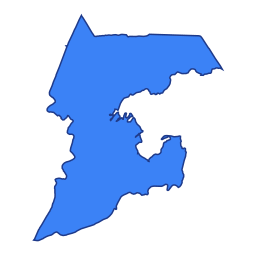 the district of El Estor, Izabal, Guatemala
{"feature_id": "79465075B63823362918265", "entity_name": "El Estor", "entity_type": "district", "adm_level": 2, "iso_a3": "GTM", "parent_name": "Guatemala", "parent_adm1": "Izabal", "projection": "robinson", "projection_center": [-89.332, 15.436], "detail": "fine", "context": "isolated", "style": "filled", "palette": "blue", "viewbox_px": 256, "rotation_deg": 0, "n_neighbors": 0, "source": "geoboundaries", "source_scale": "gbopen_adm2", "svg_char_len": 5835}
<svg xmlns="http://www.w3.org/2000/svg" viewBox="0 0 256 256"><path d="M49.4,92.7L49.5,94.3L49.9,95.3L51.8,97.0L53.1,97.6L53.2,98.0L54.2,99.0L55.2,100.5L55.2,102.1L52.6,104.3L50.3,105.5L48.3,107.2L47.3,108.6L47.1,109.5L47.2,110.7L48.3,111.7L49.5,112.1L50.4,111.9L53.7,112.4L57.6,115.8L58.8,115.3L59.3,115.4L61.2,117.5L61.1,118.5L62.9,120.0L64.3,119.7L65.2,118.6L66.4,117.8L67.5,116.3L67.6,115.6L68.5,115.7L70.7,119.0L71.3,119.5L72.4,119.8L73.2,120.9L73.0,121.6L71.1,123.7L69.6,126.3L68.3,127.7L67.9,129.7L67.5,130.6L67.3,132.5L68.0,133.5L69.5,134.3L71.9,134.2L73.2,134.8L74.0,136.1L73.7,138.3L73.0,139.5L72.4,142.7L70.7,148.1L70.3,150.6L70.4,151.1L71.0,151.8L72.5,153.2L74.3,155.6L74.8,156.5L74.8,157.5L74.3,158.4L72.7,159.6L69.3,161.2L66.3,162.0L64.4,163.0L63.2,164.2L62.4,165.4L62.2,166.2L62.2,168.3L63.3,169.9L63.5,171.0L64.2,171.6L66.5,175.4L66.6,176.7L66.1,178.1L65.5,178.8L64.9,179.2L63.6,178.8L62.4,179.0L59.9,178.3L58.4,178.3L56.1,178.8L55.2,179.6L55.7,181.3L56.4,182.1L56.5,183.4L56.0,184.7L54.8,186.4L54.6,188.3L54.9,189.1L54.9,193.2L55.1,193.6L55.0,197.2L53.4,202.4L52.7,203.6L51.9,207.2L50.5,209.6L49.9,211.1L48.2,213.7L48.0,214.3L46.8,216.0L41.8,224.7L39.7,227.9L39.2,229.1L38.6,229.8L34.6,239.0L33.7,240.1L37.2,240.6L38.6,240.5L43.2,238.5L43.8,238.0L46.4,236.6L48.6,235.7L51.3,235.0L52.5,234.3L54.5,232.7L56.4,232.0L57.4,232.3L60.5,234.8L63.1,235.5L66.4,235.0L67.3,234.5L72.2,233.2L75.3,232.1L77.2,230.8L81.1,228.8L93.9,224.7L96.0,223.3L98.5,222.3L103.3,219.5L107.2,218.0L109.6,216.0L111.8,213.5L114.2,208.8L115.0,208.5L115.7,209.3L116.1,209.3L116.5,209.0L116.5,207.8L116.3,206.3L116.5,205.5L118.0,202.3L120.9,197.0L122.1,195.9L123.8,194.9L127.0,193.5L128.2,192.8L129.3,192.4L130.5,192.5L131.6,193.4L133.6,194.1L135.1,193.8L137.1,192.7L139.8,193.3L141.8,195.2L144.4,194.7L145.1,194.2L147.0,194.6L147.5,194.6L147.9,194.1L148.2,193.2L147.8,191.2L148.5,189.1L150.8,186.9L151.6,186.5L154.0,186.1L161.3,186.3L162.5,186.0L165.6,184.3L167.0,184.5L167.6,185.1L167.7,185.8L167.1,189.7L167.3,190.2L167.9,190.4L168.3,190.3L168.9,189.9L169.8,188.7L169.8,188.4L170.1,188.3L171.5,186.4L172.4,185.5L173.4,185.0L174.5,185.0L175.6,185.2L177.2,186.2L178.3,187.4L179.7,186.7L181.0,185.1L182.0,182.9L182.1,182.2L182.0,180.8L182.7,179.7L183.1,178.2L183.7,176.9L183.7,174.7L182.8,173.0L182.6,171.4L182.0,170.2L182.0,169.4L184.2,160.4L185.6,156.2L185.8,154.0L186.2,152.4L186.2,152.1L185.5,151.5L185.4,148.6L184.7,148.1L184.0,148.2L183.4,148.7L182.1,148.4L181.9,147.2L181.4,146.8L180.8,145.5L180.6,142.5L181.2,141.3L180.4,138.8L180.5,136.3L179.2,136.0L178.3,136.4L174.1,136.8L171.2,136.0L167.0,135.6L165.1,135.7L163.7,136.4L161.5,138.9L161.5,139.4L162.3,139.5L164.5,138.3L167.3,137.3L169.0,136.3L169.8,137.0L170.3,137.9L170.4,139.2L169.7,139.8L168.5,140.1L167.9,140.5L167.0,140.6L166.1,141.8L164.6,142.3L163.7,143.1L163.1,146.3L162.6,147.3L161.1,149.4L161.0,152.1L160.3,153.2L158.7,154.3L157.0,154.5L155.8,154.1L154.2,154.6L152.6,156.0L152.1,156.7L150.9,157.4L149.4,158.8L148.7,160.3L149.0,161.4L148.2,161.3L147.6,160.0L146.6,159.6L144.8,158.3L142.1,156.9L140.2,155.5L139.3,154.5L138.5,153.0L138.2,152.9L137.7,153.3L137.8,151.1L136.2,148.1L135.7,146.0L135.8,145.3L139.2,142.4L141.5,142.2L141.8,141.1L140.2,137.0L140.0,135.4L139.6,135.0L138.8,134.9L138.3,135.0L136.4,136.3L135.2,137.6L136.0,136.2L137.9,134.8L139.0,133.5L140.4,133.5L140.8,132.6L142.6,131.9L142.9,131.1L142.8,130.8L141.4,130.1L139.8,126.6L137.1,124.1L135.6,121.5L135.1,119.2L134.1,117.9L133.5,117.8L133.1,118.1L130.5,121.8L128.0,122.0L127.5,121.8L127.4,121.3L127.8,119.4L128.1,119.1L129.1,118.4L130.1,117.1L131.4,116.5L132.8,116.5L132.7,116.0L131.1,113.6L130.6,113.4L129.8,113.6L129.7,113.8L129.6,115.0L129.0,115.6L128.6,116.7L126.6,117.9L125.7,117.2L125.7,116.8L126.4,113.4L125.9,113.0L125.1,113.2L124.7,113.7L124.5,114.6L124.0,115.4L123.6,117.6L122.9,118.2L123.3,118.9L123.2,119.2L122.5,119.1L121.9,117.9L121.4,117.9L118.5,120.2L116.7,121.3L116.4,121.2L116.5,120.9L117.5,120.1L118.3,118.6L119.6,118.0L120.0,117.1L119.9,116.1L118.5,114.3L118.4,112.3L117.8,112.3L116.6,113.0L113.1,117.0L112.6,118.1L110.7,120.5L110.5,120.3L110.7,119.9L110.5,119.4L112.6,117.6L113.1,116.3L113.9,115.3L113.8,115.0L113.2,114.9L110.3,115.4L109.7,115.2L109.6,114.7L110.3,114.2L111.4,114.9L112.3,114.4L114.7,110.7L114.9,109.2L117.0,109.5L117.8,110.2L118.1,110.1L120.4,103.5L121.9,100.9L123.8,98.4L124.5,98.0L128.5,96.8L130.2,94.3L130.9,94.1L132.0,95.0L133.0,95.0L136.5,92.6L140.3,91.9L142.3,90.4L143.5,90.3L145.5,88.9L146.4,88.7L147.6,89.0L148.5,89.8L148.6,90.5L149.9,91.9L150.2,93.1L150.8,94.1L151.2,94.3L154.1,93.5L154.6,93.7L155.3,94.5L155.8,94.3L156.5,94.4L156.8,94.3L157.0,93.5L157.4,93.3L158.0,93.2L158.7,93.3L159.8,94.0L160.8,93.2L162.6,92.9L164.1,90.4L165.2,89.5L166.7,88.7L169.1,85.5L170.0,83.7L170.6,80.2L170.5,79.1L169.9,78.4L169.7,77.8L170.6,75.9L171.7,74.9L173.7,74.5L174.8,74.5L176.8,72.5L177.5,72.0L178.2,72.1L182.0,73.6L186.1,73.5L188.2,72.7L188.9,71.3L190.9,69.2L192.0,68.9L193.7,69.0L195.2,69.6L195.9,71.2L196.9,72.2L199.6,73.5L201.1,74.0L201.1,74.5L200.8,75.2L203.3,75.3L204.5,74.2L206.8,74.0L208.6,73.3L210.7,73.2L211.4,72.2L211.6,70.6L212.2,69.1L214.8,68.7L216.0,68.0L217.1,67.9L218.4,68.3L220.1,68.1L222.3,69.3L220.4,66.0L215.2,58.4L209.1,48.6L208.4,47.9L202.0,38.0L200.6,36.3L199.0,35.8L149.4,34.3L147.9,35.4L146.5,36.0L143.7,36.4L138.9,36.1L136.1,36.5L129.7,36.4L128.2,36.8L127.6,36.5L126.4,34.8L122.0,34.4L120.5,34.6L119.7,35.0L118.2,35.3L115.8,34.7L113.1,34.9L111.3,35.3L108.8,35.0L106.7,35.4L105.6,35.2L104.1,35.7L102.8,35.6L100.7,35.9L99.4,35.9L98.1,36.2L97.1,36.1L96.2,36.5L94.5,36.3L93.7,35.4L93.4,34.7L92.0,32.8L86.5,23.5L82.9,17.7L81.8,16.3L81.4,15.4L79.2,19.7L75.6,27.7L74.5,29.7L72.7,33.9L68.4,42.9L67.6,45.3L67.2,45.8L66.1,45.9L66.9,46.8L59.3,67.1L56.2,74.7L55.9,76.1L53.5,81.7L52.1,85.8L49.7,91.4L49.4,92.7Z" fill="#3b82f6" stroke="#1e3a8a" stroke-width="1.5"/></svg>